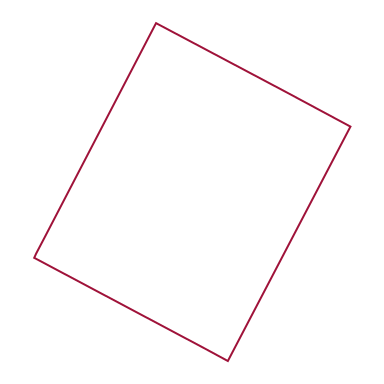 outline of Sullivan, Missouri, United States of America, rotated 118°
{"feature_id": "52423323B80963184454331", "entity_name": "Sullivan", "entity_type": "district", "adm_level": 2, "iso_a3": "USA", "parent_name": "United States of America", "parent_adm1": "Missouri", "projection": "robinson", "projection_center": [-93.116, 40.21], "detail": "fine", "context": "isolated", "style": "outline", "palette": "rose", "viewbox_px": 384, "rotation_deg": 118, "n_neighbors": 0, "source": "geoboundaries", "source_scale": "gbopen_adm2", "svg_char_len": 279}
<svg xmlns="http://www.w3.org/2000/svg" viewBox="0 0 384 384"><g transform="rotate(118 192 192)"><path d="M62.2,303.0L301.5,300.8L319.6,300.7L324.2,300.4L324.2,108.2L324.4,81.0L59.9,82.8L59.6,156.3L59.8,303.0L62.2,303.0Z" fill="none" stroke="#9f1239" stroke-width="2"/></g></svg>